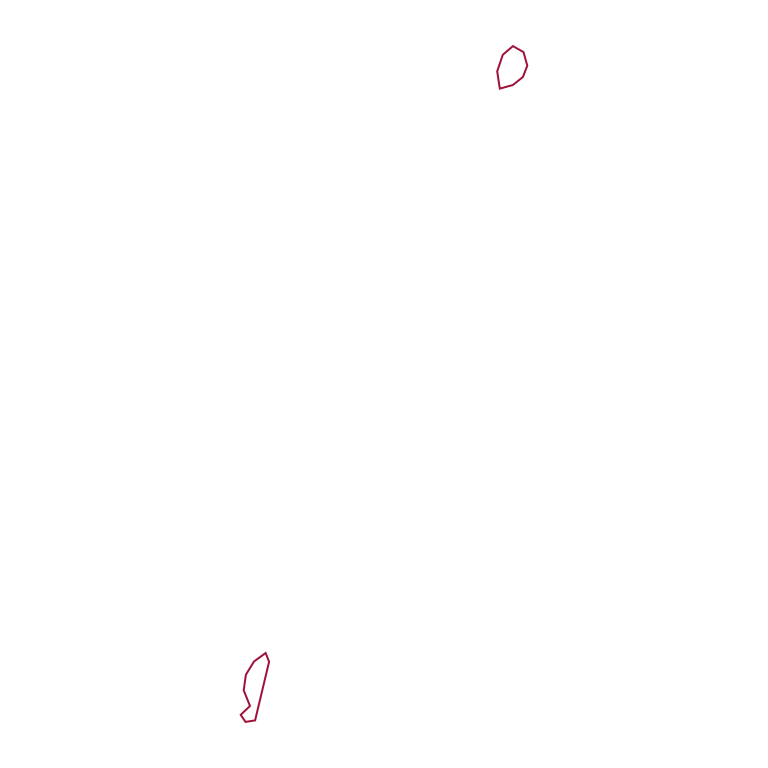 the Department of San Andrés y Providencia
{"feature_id": "COL-1342", "entity_name": "San Andrés y Providencia", "entity_type": "Department", "adm_level": 1, "iso_a3": "COL", "parent_name": "Colombia", "parent_adm1": "", "projection": "orthographic", "projection_center": [-81.079, 13.04], "detail": "fine", "context": "isolated", "style": "outline", "palette": "rose", "viewbox_px": 768, "rotation_deg": 0, "n_neighbors": 0, "source": "natural_earth", "source_scale": "10m", "svg_char_len": 347}
<svg xmlns="http://www.w3.org/2000/svg" viewBox="0 0 768 768"><path d="M250.0,706.0L243.7,690.3L245.9,674.7L254.0,661.5L265.6,653.0L269.1,661.7L255.1,720.4L245.5,721.9L240.7,714.8L250.0,706.0ZM499.8,88.6L497.2,71.3L502.8,54.8L512.9,46.1L523.5,52.1L527.3,65.7L522.9,77.0L512.9,85.0L499.8,88.6Z" fill="none" stroke="#9f1239" stroke-width="2"/></svg>